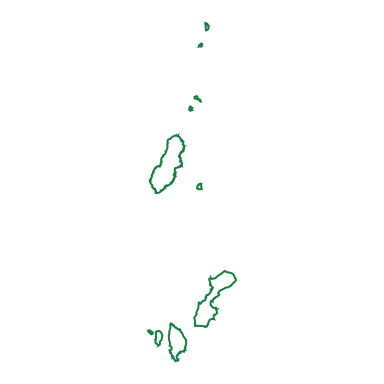 Batanes, Batanes, Philippines
{"feature_id": "2640588B23864872837062", "entity_name": "Batanes", "entity_type": "district", "adm_level": 2, "iso_a3": "PHL", "parent_name": "Philippines", "parent_adm1": "Batanes", "projection": "robinson", "projection_center": [121.895, 20.691], "detail": "fine", "context": "isolated", "style": "outline", "palette": "green", "viewbox_px": 384, "rotation_deg": 0, "n_neighbors": 0, "source": "geoboundaries", "source_scale": "gbopen_adm2", "svg_char_len": 6071}
<svg xmlns="http://www.w3.org/2000/svg" viewBox="0 0 384 384"><path d="M176.2,135.0L174.7,136.0L172.8,136.5L170.2,138.9L168.3,139.4L167.5,141.1L167.5,142.3L167.8,142.7L167.5,142.8L167.6,144.1L167.2,144.6L167.6,147.1L166.1,151.5L165.7,151.6L165.9,151.9L165.3,153.7L164.3,154.8L163.4,155.1L163.2,156.2L162.9,156.1L162.6,157.0L161.6,158.0L161.2,159.9L161.5,161.3L161.3,161.2L161.4,161.8L160.6,163.7L161.0,164.8L160.6,165.3L160.0,165.4L159.7,166.6L158.0,166.0L156.9,167.0L156.2,166.9L156.0,167.8L155.0,168.3L155.0,168.8L154.3,169.3L154.2,170.0L153.4,171.0L153.6,172.2L153.1,172.1L152.5,174.1L152.0,174.5L152.1,175.6L151.8,175.7L151.7,177.4L150.9,178.4L150.8,179.2L150.6,179.1L149.9,180.0L149.8,180.7L150.2,181.0L149.9,181.1L150.0,182.0L151.0,183.9L152.3,185.3L152.3,187.1L152.9,187.2L153.6,188.8L154.7,188.8L154.6,189.1L155.0,189.2L154.9,189.9L155.8,190.4L155.7,190.8L156.0,191.3L155.5,192.4L155.6,192.9L156.7,193.1L159.4,192.5L161.1,191.2L161.0,190.8L161.4,191.0L161.9,190.2L162.5,190.2L162.5,189.8L163.6,189.4L163.5,189.0L164.8,187.5L164.8,187.0L165.2,187.2L165.0,186.7L165.6,185.7L166.0,185.5L167.2,186.0L168.0,185.1L168.8,185.3L169.4,184.5L170.3,184.3L170.9,183.4L170.8,183.0L171.5,183.1L171.4,182.8L172.3,182.2L172.1,182.0L172.6,181.8L172.6,181.1L173.1,181.0L173.1,180.3L173.4,180.4L173.6,179.6L174.0,179.4L173.8,178.3L174.1,177.6L174.7,177.4L174.6,176.7L174.9,176.9L175.0,176.4L174.6,176.0L175.0,176.0L174.7,175.6L175.2,175.6L174.9,175.1L175.2,174.4L174.9,174.3L175.2,174.1L174.4,173.4L175.6,172.7L175.4,172.5L175.4,171.5L175.0,171.4L174.6,170.5L175.0,168.3L177.5,167.6L177.7,167.2L178.8,167.3L179.7,166.5L180.0,166.6L180.1,166.0L181.0,166.1L180.8,165.5L181.2,164.9L181.8,165.5L181.7,164.8L182.2,163.9L181.7,163.2L181.8,162.3L180.1,161.7L180.2,160.8L180.9,160.4L180.3,159.6L180.8,158.6L180.7,158.2L180.1,157.8L180.1,157.4L179.8,157.6L179.3,157.2L178.8,156.1L179.8,155.2L179.7,154.4L180.5,153.6L180.6,152.5L181.2,152.0L181.3,152.2L181.5,152.3L181.7,151.7L182.9,151.7L183.5,151.1L182.9,150.6L182.9,149.9L184.0,149.2L184.1,148.5L183.7,148.1L184.0,147.7L183.6,147.3L184.1,146.6L184.1,145.8L183.7,145.4L184.1,145.4L183.0,144.5L183.3,143.7L182.6,142.4L183.1,141.7L182.7,141.5L183.1,141.4L182.1,140.3L181.3,140.1L181.6,139.6L180.2,138.6L179.9,137.4L178.0,136.0L178.1,135.5L177.3,136.2L176.2,135.0ZM216.0,307.9L213.4,307.9L211.6,306.3L210.7,304.6L210.6,302.7L211.0,301.2L211.5,301.3L211.8,300.9L212.6,301.4L212.4,300.5L212.7,299.8L213.5,299.4L213.6,298.8L214.6,298.3L214.7,297.9L215.1,298.0L216.2,296.8L217.4,296.6L218.5,295.1L218.9,295.1L219.2,294.5L218.2,293.4L219.2,291.2L226.1,287.5L228.5,287.3L230.9,285.4L231.5,285.4L232.1,284.3L233.7,282.5L235.8,280.8L235.9,279.5L235.4,278.7L235.4,278.0L235.0,277.8L233.3,274.4L232.1,273.5L229.8,272.6L227.7,272.4L224.6,271.0L221.2,273.8L218.6,275.3L215.4,278.1L212.1,279.0L211.6,278.8L210.9,277.8L210.9,278.6L209.2,278.8L209.4,280.7L210.2,282.1L210.1,283.3L210.4,283.8L210.1,284.3L210.5,284.5L210.1,285.0L210.9,285.5L211.3,286.4L212.4,287.1L212.6,287.3L212.2,287.6L212.6,287.4L212.8,287.8L212.2,288.8L211.8,288.9L211.9,289.2L210.8,289.5L210.8,290.2L211.4,290.3L211.3,290.9L209.1,294.1L207.8,295.1L206.9,295.0L206.3,295.5L206.3,296.5L205.7,297.0L205.9,297.5L205.6,297.5L205.6,298.0L205.9,297.5L206.1,297.8L205.4,298.5L205.5,299.9L204.0,300.8L203.1,300.9L201.7,302.1L201.4,302.8L200.9,302.9L200.5,303.6L199.0,302.4L198.6,302.8L198.9,304.2L198.4,305.9L198.2,308.9L196.8,311.2L196.3,312.7L196.8,314.0L194.3,317.6L195.1,321.3L195.0,323.0L194.8,323.1L195.1,325.1L194.8,326.7L195.3,326.0L196.5,325.7L203.9,326.2L204.9,327.0L205.7,326.9L206.1,326.3L207.0,326.3L206.9,325.8L207.4,325.0L207.9,324.9L208.5,322.1L209.9,319.8L211.9,318.9L214.2,319.3L213.7,318.3L213.7,315.2L214.3,314.6L215.3,314.8L217.2,313.0L216.7,312.0L216.8,311.4L216.3,310.0L217.1,309.3L216.0,309.3L215.8,308.8L216.0,307.9ZM171.0,323.4L170.1,325.1L170.5,325.6L170.4,327.7L169.3,331.6L169.3,333.8L168.7,335.7L169.2,340.3L170.0,343.3L170.1,345.7L169.9,345.8L171.3,346.8L171.8,348.2L171.4,349.4L170.6,350.0L169.7,349.9L169.5,350.4L170.0,350.6L169.7,350.8L170.1,351.3L169.9,351.7L170.0,352.6L170.8,352.7L170.6,353.1L171.9,354.8L172.3,355.6L172.1,355.9L172.6,356.2L172.2,356.6L173.1,357.1L172.8,357.7L173.3,357.5L173.2,358.2L173.5,358.7L174.2,358.8L174.7,360.2L175.1,360.1L175.7,361.0L176.1,360.6L177.1,360.8L177.7,360.0L178.2,360.2L178.3,359.5L178.0,359.6L177.4,358.9L176.5,356.9L177.5,354.9L178.2,354.7L178.0,354.2L179.0,353.1L179.8,353.0L179.4,352.5L180.1,351.7L183.0,351.5L183.8,351.1L184.1,351.5L184.6,350.6L184.3,350.5L184.4,350.0L185.2,350.0L184.9,349.4L185.3,349.1L185.0,348.3L185.6,347.4L185.1,346.9L186.1,344.4L186.1,340.2L183.2,335.9L182.0,332.7L180.5,331.6L180.3,329.8L179.4,329.1L178.8,329.7L177.6,329.2L176.4,327.7L175.7,327.8L174.0,326.3L174.2,325.8L173.9,325.4L173.7,325.7L173.3,325.6L171.8,323.8L171.0,323.4ZM159.0,331.0L156.7,331.4L155.8,331.9L156.0,337.5L155.7,339.2L155.1,339.8L155.7,340.8L155.3,342.1L156.0,343.2L158.0,345.0L158.1,345.7L158.8,345.0L159.6,344.9L160.0,343.4L159.7,342.3L160.2,341.3L161.5,339.9L162.4,335.3L160.9,332.3L160.2,331.5L159.0,331.0ZM201.1,183.6L199.8,183.9L199.3,184.5L198.7,184.4L198.3,184.8L198.0,185.7L197.5,186.1L197.0,188.4L199.3,189.3L201.7,189.1L201.0,184.9L201.4,183.9L201.1,183.6ZM205.3,23.0L205.3,24.1L205.7,24.7L205.6,27.5L206.1,30.3L206.4,30.4L207.4,30.0L208.6,28.4L208.3,26.9L208.7,26.2L208.3,26.2L208.2,25.4L207.4,24.7L207.5,24.1L207.1,23.8L206.7,24.0L205.9,23.1L205.3,23.0ZM196.6,96.1L194.6,96.9L194.4,98.2L194.9,98.7L196.9,98.8L198.3,99.8L198.8,99.8L199.9,100.7L200.0,101.3L200.7,101.5L200.1,99.7L199.3,99.3L198.9,99.4L197.7,97.9L197.1,96.3L196.6,96.1ZM149.9,330.3L149.3,330.3L149.0,331.0L148.1,330.9L148.7,332.2L150.9,333.6L151.2,334.3L152.3,334.1L152.8,333.4L152.8,332.6L149.9,330.3ZM190.3,106.5L189.3,108.0L189.7,108.9L189.7,109.5L189.3,109.7L190.1,110.5L190.7,110.2L190.9,110.5L191.4,109.8L192.0,109.9L191.7,109.5L192.0,108.3L192.4,108.0L190.3,106.5ZM201.5,43.5L199.3,45.0L199.0,45.5L199.4,46.2L199.2,46.5L199.9,46.3L201.0,46.7L201.8,46.3L202.0,44.0L201.5,43.5Z" fill="none" stroke="#15803d" stroke-width="2"/></svg>